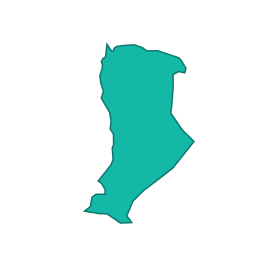 Tchintabaraden, Tahoua, Niger, rotated 148°
{"feature_id": "23599985B37880443282078", "entity_name": "Tchintabaraden", "entity_type": "district", "adm_level": 2, "iso_a3": "NER", "parent_name": "Niger", "parent_adm1": "Tahoua", "projection": "mercator", "projection_center": [5.816, 15.933], "detail": "fine", "context": "isolated", "style": "filled", "palette": "teal", "viewbox_px": 256, "rotation_deg": 148, "n_neighbors": 0, "source": "geoboundaries", "source_scale": "gbopen_adm2", "svg_char_len": 882}
<svg xmlns="http://www.w3.org/2000/svg" viewBox="0 0 256 256"><g transform="rotate(148 128 128)"><path d="M62.1,178.0L71.3,183.5L73.2,188.4L78.4,195.1L89.1,200.9L94.7,203.2L97.1,203.0L99.5,201.1L101.2,201.9L101.4,210.2L109.4,200.2L112.6,200.2L115.6,198.2L116.1,195.1L118.6,192.0L124.2,187.2L127.3,180.5L129.3,172.2L134.8,167.5L135.4,150.6L138.9,142.4L143.7,136.6L143.5,130.7L149.1,121.4L151.9,119.5L157.4,109.1L161.8,105.9L170.3,102.7L181.4,98.9L179.8,95.0L180.0,88.0L182.6,84.0L190.2,88.7L195.1,88.5L201.4,81.3L206.2,80.8L208.9,80.6L204.8,76.7L200.8,73.5L198.3,70.9L194.0,68.2L191.2,66.2L184.8,51.4L175.0,45.8L175.2,50.4L175.7,54.1L166.5,60.6L162.7,63.4L147.4,66.8L131.5,68.2L111.2,70.3L79.2,81.6L83.0,97.5L83.8,118.1L80.2,122.3L68.4,138.2L61.4,149.5L55.1,149.0L50.6,144.7L47.2,148.0L47.1,157.6L47.7,160.6L62.1,178.0Z" fill="#14b8a6" stroke="#0f766e" stroke-width="1.5"/></g></svg>